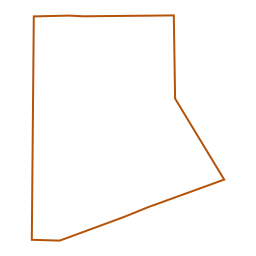 Hood, Texas, United States of America, rotated 270°
{"feature_id": "52423323B45355972710900", "entity_name": "Hood", "entity_type": "district", "adm_level": 2, "iso_a3": "USA", "parent_name": "United States of America", "parent_adm1": "Texas", "projection": "robinson", "projection_center": [-97.864, 32.396], "detail": "fine", "context": "isolated", "style": "outline", "palette": "amber", "viewbox_px": 256, "rotation_deg": 270, "n_neighbors": 0, "source": "geoboundaries", "source_scale": "gbopen_adm2", "svg_char_len": 297}
<svg xmlns="http://www.w3.org/2000/svg" viewBox="0 0 256 256"><g transform="rotate(270 128 128)"><path d="M16.2,31.8L15.4,59.7L39.2,124.4L48.8,148.0L74.1,217.8L76.4,224.2L157.4,175.1L240.6,173.8L239.7,83.3L240.4,69.3L239.6,33.8L16.2,31.8Z" fill="none" stroke="#b45309" stroke-width="2"/></g></svg>